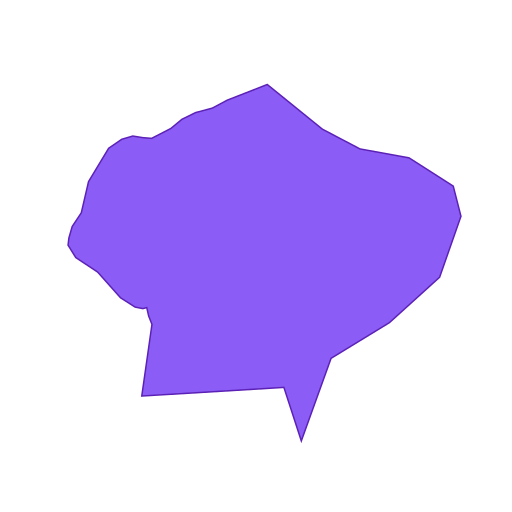 the border of Pesnica, rotated 287°
{"feature_id": "SVN-976", "entity_name": "Pesnica", "entity_type": "Municipality", "adm_level": 1, "iso_a3": "SVN", "parent_name": "Slovenia", "parent_adm1": "", "projection": "natural_earth1", "projection_center": [15.715, 46.623], "detail": "fine", "context": "isolated", "style": "filled", "palette": "violet", "viewbox_px": 512, "rotation_deg": 287, "n_neighbors": 0, "source": "natural_earth", "source_scale": "10m", "svg_char_len": 593}
<svg xmlns="http://www.w3.org/2000/svg" viewBox="0 0 512 512"><g transform="rotate(287 256 256)"><path d="M353.9,440.4L289.4,437.8L231.3,403.1L180.1,357.7L92.4,353.4L138.5,321.1L88.7,187.7L160.2,176.5L167.2,170.9L174.7,166.6L172.6,163.2L171.8,155.3L176.4,138.7L194.3,109.3L201.8,84.1L211.4,73.1L218.4,71.8L230.5,71.6L246.2,76.3L278.2,74.1L316.0,83.6L328.4,93.5L334.7,103.1L336.1,113.2L338.0,121.8L353.1,137.3L365.1,145.2L375.5,156.3L384.6,170.9L396.7,183.0L423.3,216.6L396.7,282.4L388.8,324.1L394.6,373.7L380.5,424.2L353.9,440.4Z" fill="#8b5cf6" stroke="#5b21b6" stroke-width="1.5"/></g></svg>